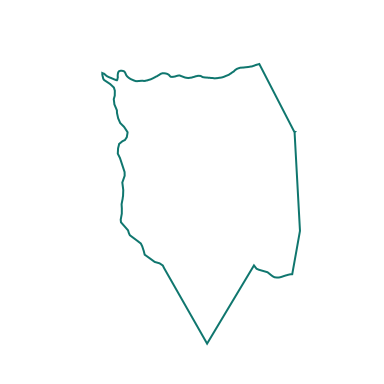 the district of Bois D'Inde, Choiseul, Saint Lucia, rotated 106°
{"feature_id": "8701671B38315544372764", "entity_name": "Bois D'Inde", "entity_type": "district", "adm_level": 2, "iso_a3": "LCA", "parent_name": "Saint Lucia", "parent_adm1": "Choiseul", "projection": "orthographic", "projection_center": [-61.052, 13.804], "detail": "fine", "context": "isolated", "style": "outline", "palette": "teal", "viewbox_px": 384, "rotation_deg": 106, "n_neighbors": 0, "source": "geoboundaries", "source_scale": "gbopen_adm2", "svg_char_len": 5705}
<svg xmlns="http://www.w3.org/2000/svg" viewBox="0 0 384 384"><g transform="rotate(106 192 192)"><path d="M199.6,77.5L106.5,109.8L106.1,109.8L105.8,109.6L105.8,110.4L50.4,162.6L50.6,162.9L50.9,163.2L51.1,163.6L51.3,164.0L51.6,164.5L51.8,164.9L52.1,165.2L52.3,165.6L52.5,166.0L52.8,166.3L53.1,166.6L53.3,166.9L53.6,167.3L53.8,167.7L54.1,168.1L54.4,168.4L54.6,168.8L54.8,169.1L55.0,169.5L55.1,169.9L55.3,170.3L55.5,170.7L55.7,171.1L55.9,171.5L56.1,171.9L56.3,172.3L56.4,172.7L56.6,173.1L56.8,173.4L56.9,173.8L57.1,174.3L57.3,174.7L57.4,175.1L57.6,175.5L57.8,175.9L57.9,176.3L58.1,176.7L58.3,177.1L58.4,177.5L58.5,177.9L58.7,178.4L58.9,178.8L59.0,179.3L59.1,179.6L59.3,180.0L59.6,180.4L59.9,180.8L60.0,181.1L60.3,181.5L60.6,181.9L60.9,182.2L61.1,182.6L61.4,182.9L61.7,183.2L62.0,183.4L62.4,183.7L62.8,184.0L63.1,184.3L63.5,184.5L63.9,184.7L64.3,184.9L64.7,185.1L65.0,185.4L65.3,185.7L65.6,186.0L66.0,186.3L66.3,186.6L66.7,186.9L67.1,187.1L67.4,187.5L67.7,187.7L68.0,188.0L68.3,188.3L68.7,188.5L69.0,188.8L69.4,189.2L69.7,189.6L70.0,190.0L70.3,190.4L70.5,190.6L70.8,191.0L71.0,191.3L71.3,191.7L71.6,192.0L71.9,192.4L72.2,192.8L72.6,193.2L72.8,193.6L73.1,194.0L73.3,194.3L73.6,194.8L73.8,195.2L74.0,195.6L74.2,196.0L74.4,196.5L74.5,196.9L74.8,197.4L75.0,197.9L75.2,198.3L75.4,198.7L75.6,199.1L75.7,199.6L76.0,200.1L76.1,200.5L76.3,201.0L76.5,201.5L76.6,202.0L76.6,202.4L76.7,202.9L76.7,203.3L76.8,203.8L76.9,204.1L77.0,204.6L77.1,205.0L77.2,205.5L77.3,205.9L77.3,206.3L77.4,206.9L77.6,207.4L77.7,207.8L77.7,208.3L77.8,208.7L77.9,209.2L78.0,209.6L78.1,210.1L78.2,210.5L78.3,211.0L78.4,211.5L78.4,211.9L78.5,212.4L78.6,213.1L78.6,213.5L78.5,213.9L78.4,214.3L78.3,214.7L78.2,215.1L78.1,215.6L78.1,216.0L78.2,216.4L78.3,216.8L78.4,217.3L78.5,217.8L78.7,218.2L78.8,218.6L79.1,219.0L79.3,219.4L79.5,219.8L79.7,220.2L79.9,220.6L80.3,221.0L80.5,221.4L80.8,221.8L81.0,222.1L81.2,222.5L81.4,222.9L81.7,223.3L82.0,223.7L82.2,224.1L82.4,224.5L82.5,224.9L82.7,225.3L82.9,225.7L83.1,226.2L83.3,226.6L83.5,227.0L83.5,227.5L83.6,227.9L83.7,228.3L83.7,228.8L83.8,229.2L83.8,229.6L83.9,230.3L83.8,230.7L83.8,231.2L83.8,231.7L83.7,232.1L83.7,232.5L83.7,232.9L83.6,233.3L83.6,233.8L83.6,234.3L83.5,234.7L83.5,235.2L83.4,235.6L83.4,236.1L83.5,236.5L83.7,236.9L83.9,237.3L84.0,237.6L84.3,238.1L84.5,238.4L84.7,238.8L84.9,239.1L85.2,239.5L85.4,239.8L85.7,240.2L85.9,240.7L86.1,241.1L86.3,241.5L86.5,242.0L86.7,242.4L86.8,242.8L86.9,243.2L87.0,243.6L87.1,244.1L87.0,244.5L86.8,244.9L86.6,245.3L86.4,245.6L86.1,245.9L85.9,246.3L85.7,246.7L85.6,247.0L85.5,247.5L85.4,247.9L85.3,248.3L85.3,248.7L85.3,249.2L85.3,249.6L85.3,250.0L85.4,250.4L85.4,250.8L85.5,251.2L85.6,251.7L85.7,252.0L85.8,252.4L85.9,252.9L86.1,253.3L86.4,253.7L86.7,254.1L86.9,254.5L87.2,254.8L87.6,255.1L87.9,255.4L88.4,255.7L88.7,256.1L89.1,256.5L89.5,256.8L89.8,257.1L90.1,257.3L90.5,257.7L90.7,258.0L91.1,258.5L91.4,258.8L91.7,259.1L92.1,259.4L92.3,259.7L92.6,260.0L92.9,260.3L93.4,260.8L93.7,261.2L94.1,261.6L94.4,262.0L94.8,262.4L95.1,262.8L95.3,263.2L95.6,263.5L95.8,263.9L96.1,264.4L96.3,264.7L96.6,265.1L96.8,265.5L97.1,265.8L97.3,266.3L97.5,266.8L97.8,267.2L98.0,267.5L98.2,268.0L98.4,268.4L98.5,268.9L98.6,269.4L98.6,269.7L98.7,270.2L98.8,270.7L99.0,271.1L99.1,271.5L99.3,272.0L99.5,272.5L99.7,273.0L99.9,273.5L100.1,274.1L100.2,274.4L100.4,274.8L100.6,275.3L100.7,275.7L100.8,276.2L100.9,276.6L100.9,277.0L100.9,277.5L100.8,277.9L100.8,278.3L100.8,278.8L100.8,279.1L100.6,279.7L100.6,280.2L100.5,280.7L100.5,281.2L100.4,281.6L100.3,282.1L100.2,282.6L100.1,283.0L99.9,283.4L99.8,283.9L99.7,284.2L99.5,284.6L99.3,285.1L99.1,285.5L98.9,285.9L98.6,286.4L98.3,286.8L98.0,287.2L97.7,287.5L97.3,287.9L97.0,288.1L96.5,288.5L96.2,288.8L95.8,289.1L95.5,289.4L95.3,289.7L95.0,290.1L94.8,290.5L94.7,290.9L94.7,291.4L94.7,292.0L94.8,292.6L94.8,293.1L95.0,293.6L95.1,294.0L95.3,294.4L95.6,294.8L95.8,295.1L96.1,295.5L96.5,295.6L96.9,295.8L97.3,295.9L97.8,295.9L98.3,295.9L98.8,295.8L99.2,295.8L99.7,295.7L100.2,295.6L100.7,295.5L101.1,295.4L101.5,295.2L101.9,295.0L102.3,294.9L102.7,294.9L103.2,294.9L103.6,294.9L104.0,294.8L104.4,294.8L104.9,294.8L105.3,295.0L105.3,295.6L105.3,296.0L105.3,296.5L105.2,296.9L105.2,297.3L105.2,297.8L105.1,298.3L105.0,298.8L105.0,299.2L104.9,299.7L104.9,300.1L104.8,300.5L104.7,300.9L104.7,301.4L104.7,301.9L104.6,302.4L104.6,302.9L104.5,303.3L104.5,303.7L104.4,304.2L104.3,304.7L104.2,305.1L104.2,305.4L104.0,305.9L103.9,306.3L103.7,306.7L103.5,307.1L103.3,307.6L103.1,308.0L102.8,308.5L102.6,309.0L102.5,309.4L102.5,309.9L102.5,310.4L102.4,311.0L103.1,310.8L103.8,310.6L104.2,310.4L104.6,310.2L105.0,310.0L105.4,309.8L105.8,309.5L106.2,309.3L106.6,309.1L107.0,308.9L107.4,308.6L107.8,308.3L108.1,308.0L108.3,307.7L108.6,307.3L110.4,301.6L110.8,300.4L111.0,300.0L113.1,295.9L115.9,294.1L120.7,292.8L124.3,292.8L127.8,291.3L129.1,290.8L134.2,286.7L136.7,285.9L141.5,283.3L145.5,280.0L148.1,275.3L149.0,274.2L152.3,270.4L153.5,270.2L157.3,269.8L160.5,270.8L161.5,271.9L162.4,272.9L165.9,275.3L167.2,275.2L170.4,275.1L175.6,273.9L179.2,270.6L191.4,262.3L194.3,261.4L195.0,261.2L202.1,261.6L209.1,258.6L214.8,257.2L216.6,257.0L217.7,256.8L220.2,256.6L223.2,256.3L227.2,254.9L232.2,253.5L238.3,252.9L240.7,251.9L246.5,242.9L248.7,241.5L249.8,240.6L250.7,239.8L252.7,234.5L255.6,227.0L257.9,224.9L261.3,222.6L261.7,222.3L265.3,220.2L268.6,211.0L269.5,208.6L269.5,203.5L270.5,200.4L270.7,199.8L272.9,197.8L333.6,135.7L245.5,112.2L248.0,108.8L248.1,107.7L248.3,106.6L248.3,97.3L249.0,95.6L250.4,92.3L251.0,90.4L251.2,89.0L251.0,87.9L250.8,86.7L250.2,84.8L249.5,83.5L249.0,82.7L248.6,82.1L247.4,80.4L246.2,78.6L245.9,78.0L245.4,77.3L245.0,76.6L244.1,75.0L243.4,73.0L220.8,75.3L199.6,77.5Z" fill="none" stroke="#0f766e" stroke-width="2"/></g></svg>